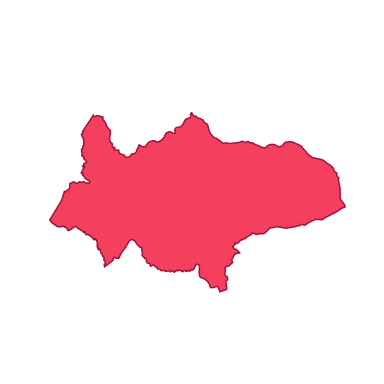 Emiliano Zapata, Tlaxcala, Mexico (Mercator projection), rotated 342°
{"feature_id": "50627088B67872726344877", "entity_name": "Emiliano Zapata", "entity_type": "district", "adm_level": 2, "iso_a3": "MEX", "parent_name": "Mexico", "parent_adm1": "Tlaxcala", "projection": "mercator", "projection_center": [-97.939, 19.566], "detail": "fine", "context": "isolated", "style": "filled", "palette": "rose", "viewbox_px": 384, "rotation_deg": 342, "n_neighbors": 0, "source": "geoboundaries", "source_scale": "gbopen_adm2", "svg_char_len": 6030}
<svg xmlns="http://www.w3.org/2000/svg" viewBox="0 0 384 384"><g transform="rotate(342 192 192)"><path d="M121.8,88.5L106.2,101.0L106.2,102.7L104.7,102.9L104.5,104.6L105.2,107.2L105.0,109.5L104.3,111.3L104.2,112.3L103.2,114.6L102.8,114.8L102.2,114.7L102.1,115.8L101.8,116.8L100.1,117.2L100.2,117.7L99.5,119.6L99.3,122.3L98.7,122.7L98.6,124.1L99.8,124.5L99.5,127.4L100.0,128.3L100.8,129.3L101.1,131.0L99.1,131.5L98.1,131.5L97.8,131.7L97.5,132.7L97.7,134.2L97.6,134.9L97.1,134.1L96.0,133.6L96.4,134.7L96.3,135.5L95.4,136.8L94.3,137.8L93.2,139.1L92.5,139.6L92.5,139.9L94.1,140.7L93.0,141.9L94.1,143.4L94.3,145.5L94.9,146.1L95.6,147.4L97.7,149.9L98.0,150.6L97.9,151.1L96.6,152.1L96.1,151.8L95.6,151.1L93.8,150.8L92.4,148.8L90.3,148.8L88.1,147.5L86.1,148.0L84.9,148.0L84.1,147.6L83.1,146.1L82.9,145.9L81.8,145.8L78.4,146.3L77.0,150.1L75.6,151.4L72.8,152.1L71.8,152.8L70.8,152.0L65.5,159.6L48.0,174.7L48.6,175.6L48.7,176.4L49.6,178.4L50.7,179.6L51.1,180.6L51.7,180.6L52.4,182.2L53.1,183.1L54.0,183.8L58.5,184.9L59.6,184.6L60.0,185.0L60.3,186.4L61.5,187.0L61.7,187.5L61.5,188.0L62.2,189.0L62.0,189.9L62.7,190.6L63.6,190.6L66.0,189.7L66.1,189.9L67.6,189.5L69.6,188.7L70.8,188.8L71.6,190.1L72.1,190.3L72.1,191.1L72.3,191.5L73.6,192.6L74.6,194.2L75.4,194.6L76.1,195.9L76.2,196.8L76.7,197.0L77.3,196.6L77.9,197.0L77.6,198.1L78.2,199.9L78.4,200.1L79.2,199.5L80.5,201.0L82.8,203.9L83.8,207.1L84.9,207.3L85.2,207.1L85.2,206.4L85.7,206.8L86.2,207.7L86.3,209.3L86.2,211.5L85.4,213.3L85.9,213.1L84.9,215.8L85.7,216.2L85.0,217.6L85.2,218.1L86.3,218.1L86.6,217.8L86.9,218.8L86.6,221.4L86.7,222.5L87.2,223.6L87.2,225.3L88.0,226.9L87.8,227.9L87.2,229.3L88.1,231.1L86.9,233.7L86.3,233.8L86.0,234.1L85.8,236.1L95.0,232.9L95.9,232.3L96.9,230.7L97.6,230.2L98.1,230.3L98.9,231.1L100.7,232.2L101.9,232.3L102.3,232.1L105.0,228.9L111.5,224.2L116.9,219.5L118.6,218.6L119.9,218.5L122.4,220.5L122.8,221.5L123.1,223.3L124.4,226.7L125.3,228.1L126.9,229.6L127.1,230.1L126.7,230.5L126.2,231.7L126.2,234.5L124.9,236.7L125.7,238.8L126.4,239.6L126.4,240.5L127.3,240.8L127.7,241.1L127.7,241.5L127.2,244.0L127.3,245.2L127.6,245.7L129.1,246.5L129.8,247.2L129.6,249.2L129.8,249.8L130.6,249.8L131.9,249.3L132.9,249.5L133.6,250.5L133.8,251.7L135.0,252.1L135.4,252.4L135.5,252.9L135.1,253.9L135.3,254.4L137.3,255.3L138.4,257.2L138.9,257.5L140.2,257.5L142.6,259.3L145.7,259.9L146.1,260.2L146.6,261.1L147.0,261.3L148.2,260.9L149.1,261.0L149.5,261.4L150.4,262.9L153.0,261.7L153.9,262.6L154.6,262.3L155.2,262.3L157.1,263.0L157.7,264.3L158.2,264.8L159.0,264.9L159.8,264.1L160.3,264.1L161.0,264.7L161.9,265.8L162.8,265.9L164.3,265.3L164.9,266.4L165.7,266.6L166.5,266.3L167.2,265.4L167.5,265.2L168.0,265.4L168.5,266.4L169.1,266.3L171.4,264.5L172.5,263.0L174.2,262.1L174.9,262.3L176.2,263.9L176.2,264.7L175.7,266.3L173.9,270.4L173.3,274.1L173.5,275.2L174.0,276.2L174.5,276.6L175.1,276.7L176.2,278.0L177.3,278.9L178.8,281.1L180.0,284.6L179.9,285.5L180.1,288.7L183.2,289.6L185.1,289.3L186.8,289.6L187.2,289.9L187.5,290.6L187.7,295.5L194.7,295.4L195.4,294.1L196.4,287.9L196.6,287.4L197.2,287.0L198.7,286.6L199.1,285.8L199.2,283.3L199.0,282.9L197.9,281.9L197.8,280.8L197.8,280.3L199.6,276.8L200.0,274.4L200.4,273.8L201.2,273.5L204.2,273.7L205.2,273.4L206.9,272.4L209.1,271.5L208.7,270.3L208.6,269.7L208.9,269.0L209.4,268.3L211.4,266.4L212.5,264.9L215.5,264.1L217.4,264.5L218.0,264.4L218.9,265.1L216.5,260.4L215.1,259.5L213.6,256.8L213.7,256.3L215.4,256.0L216.3,254.8L217.5,255.0L217.5,253.9L218.0,253.9L219.7,254.8L220.4,254.6L221.2,253.8L222.3,253.3L223.8,252.7L224.7,253.1L225.4,252.6L228.6,252.8L229.5,251.9L235.5,250.7L235.7,249.8L237.4,249.7L238.6,250.7L239.2,251.7L239.7,251.6L241.0,252.5L244.3,252.7L246.8,253.7L248.4,253.7L254.8,250.4L262.5,251.4L270.1,255.5L278.7,256.7L284.8,257.2L285.8,256.4L289.0,258.5L293.5,257.1L301.1,256.2L307.2,258.6L310.8,257.5L322.8,255.6L329.9,253.7L332.8,253.6L333.2,251.7L333.1,251.2L331.4,246.2L331.1,245.7L331.1,244.2L331.4,242.5L333.8,234.8L334.3,232.3L334.3,230.5L334.8,227.4L334.7,226.1L336.0,224.0L335.2,222.7L334.9,220.2L335.6,218.9L334.2,217.1L333.8,215.7L333.8,213.1L333.1,211.5L331.5,208.9L329.6,206.8L327.0,202.8L325.7,201.5L317.2,196.5L314.4,192.6L313.4,190.9L312.8,188.6L310.9,184.8L310.4,182.6L307.5,179.3L305.4,178.0L304.3,176.5L302.4,175.3L300.5,174.4L297.3,173.7L295.8,173.8L294.3,174.5L292.6,175.5L290.9,176.3L288.9,175.9L287.7,175.1L285.1,172.4L282.7,171.4L281.6,171.1L279.5,171.1L278.5,171.3L277.5,171.6L276.0,172.5L275.1,172.6L271.9,170.9L270.5,169.4L267.1,166.6L264.5,163.8L262.1,163.0L261.8,162.2L261.1,161.3L260.2,161.2L259.7,161.5L258.8,161.6L256.8,160.6L256.0,159.7L255.2,159.2L252.6,159.5L244.9,158.1L242.3,157.3L239.5,155.8L237.3,155.5L236.1,154.8L234.7,152.5L232.0,148.7L231.1,148.2L229.8,147.1L227.7,142.6L227.2,139.6L227.6,133.5L227.5,132.5L227.1,131.6L226.0,130.7L225.2,129.5L224.8,127.1L224.6,126.7L223.5,126.0L222.8,124.8L220.4,123.4L219.2,121.1L218.4,120.9L217.1,119.9L216.3,118.2L216.3,116.7L216.1,116.5L215.0,117.0L214.7,117.4L214.5,117.8L214.4,119.2L213.6,120.3L212.9,120.7L211.0,120.8L209.3,120.7L208.3,121.0L206.7,122.3L204.4,124.7L202.6,125.9L200.5,126.5L197.3,125.8L196.3,126.1L195.3,127.0L194.7,127.9L194.4,129.0L194.6,130.3L194.2,130.9L192.6,130.6L189.9,128.0L188.8,127.6L187.0,127.8L185.3,128.3L183.8,129.6L182.7,131.2L178.8,133.4L177.5,133.5L175.9,134.2L174.9,134.0L171.9,131.7L170.8,131.2L167.9,131.0L165.2,131.7L162.8,133.7L161.3,134.3L159.3,134.0L157.7,132.4L157.1,131.5L156.6,131.1L155.8,131.0L155.5,131.2L155.1,132.9L153.0,134.2L151.9,136.3L148.9,137.8L146.7,137.2L145.7,137.5L145.0,138.4L143.0,139.3L140.0,138.8L138.5,135.5L135.2,133.4L134.9,130.5L135.3,129.6L131.3,128.1L131.1,127.6L131.3,127.0L131.9,126.8L132.2,126.3L132.1,125.7L130.7,125.1L130.3,123.6L131.1,122.0L131.0,120.9L130.1,120.2L130.1,119.3L129.5,118.5L129.6,118.0L130.4,114.8L132.8,110.5L133.3,108.2L132.9,107.1L132.2,106.1L131.6,104.6L131.1,101.3L131.2,99.9L130.3,96.9L129.5,95.6L130.4,93.6L130.3,93.3L129.9,92.7L125.6,90.1L124.9,90.0L122.9,90.3L121.8,89.1L121.8,88.5Z" fill="#f43f5e" stroke="#9f1239" stroke-width="1.5"/></g></svg>